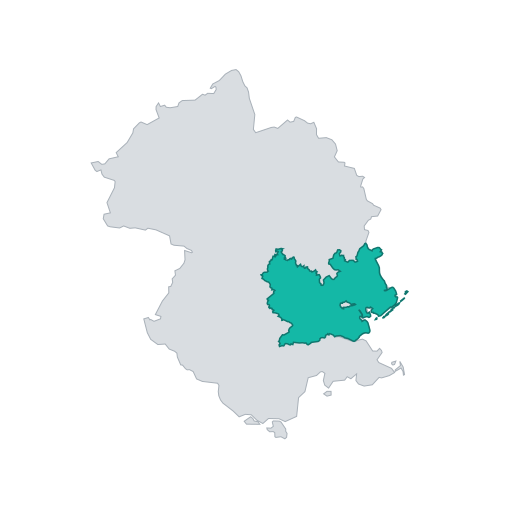 Niedersachsen highlighted on a map of Germany, rotated 146°
{"feature_id": "DEU-1576", "entity_name": "Niedersachsen", "entity_type": "State", "adm_level": 1, "iso_a3": "DEU", "parent_name": "Germany", "parent_adm1": "", "projection": "albers", "projection_center": [9.302, 52.591], "detail": "fine", "context": "in_parent", "style": "filled", "palette": "teal", "viewbox_px": 512, "rotation_deg": 146, "n_neighbors": 0, "source": "natural_earth", "source_scale": "10m", "svg_char_len": 9787}
<svg xmlns="http://www.w3.org/2000/svg" viewBox="0 0 512 512"><g transform="rotate(146 256 256)"><path d="M230.2,426.1L219.4,419.3L209.9,420.0L208.3,417.8L205.1,417.9L200.2,414.3L195.9,416.3L194.8,418.4L195.1,419.5L199.5,419.7L200.1,420.7L195.6,422.8L188.3,422.0L179.7,423.9L172.5,423.5L168.3,421.7L167.3,418.5L167.7,413.9L169.5,407.8L170.1,403.3L169.4,400.4L170.5,396.1L173.4,390.4L177.9,373.9L187.4,362.4L187.3,358.4L171.4,354.0L168.8,352.7L166.6,349.6L153.8,351.1L152.9,347.9L149.5,346.5L145.9,348.9L144.7,348.6L140.1,341.0L139.0,337.4L136.8,335.1L133.3,334.5L134.6,327.7L138.0,322.8L138.3,318.6L131.5,314.8L128.1,309.9L127.5,304.3L129.8,297.9L135.6,294.3L135.1,287.9L130.5,284.4L130.2,283.4L132.3,281.1L125.5,273.6L127.4,266.5L126.3,264.3L123.0,262.5L122.1,260.4L124.5,260.0L130.3,255.3L130.5,254.4L129.0,253.7L128.9,251.6L132.9,241.2L132.8,239.4L130.1,234.2L130.1,232.3L126.3,226.3L126.4,224.5L132.8,221.1L138.2,224.0L140.2,222.5L142.9,222.8L149.5,220.4L151.3,217.2L148.9,214.5L149.2,212.4L156.7,206.8L158.0,204.1L158.6,198.7L157.7,196.9L156.8,195.7L150.6,194.6L149.1,191.4L149.7,187.3L150.8,186.6L158.3,186.9L161.6,175.2L163.5,171.5L164.4,156.8L160.6,152.3L162.3,143.9L165.2,139.4L167.4,138.2L176.9,137.7L187.4,138.3L191.7,145.2L190.0,148.7L192.5,150.4L193.8,149.8L195.4,143.4L196.3,142.3L200.7,146.7L200.7,152.3L202.0,144.7L201.1,139.4L201.8,134.3L204.4,129.9L212.0,131.8L220.5,130.9L223.7,132.9L231.0,142.8L236.5,144.9L232.3,142.8L223.4,130.7L214.3,127.6L212.2,124.1L212.4,112.0L208.9,109.5L205.2,110.3L204.8,107.5L205.4,105.5L213.7,102.3L213.8,99.0L206.5,87.1L206.2,81.9L212.4,82.3L220.0,84.7L221.9,86.5L231.6,84.2L239.1,87.7L242.6,92.6L242.8,96.9L238.5,102.0L246.0,101.2L247.9,104.9L251.9,103.5L262.1,109.0L269.7,105.9L271.2,110.5L269.8,115.1L264.5,120.2L265.7,123.2L267.5,123.9L272.6,123.1L280.8,125.9L291.3,116.2L299.9,114.8L312.0,100.3L324.4,102.4L327.9,108.2L336.5,114.3L344.0,113.3L347.1,119.4L348.7,127.0L353.4,130.7L359.9,132.1L361.6,140.1L365.7,152.5L365.9,156.5L365.0,160.9L363.1,164.7L359.1,169.4L359.0,172.0L370.6,182.0L374.0,187.3L372.7,195.3L374.7,199.0L376.7,200.1L377.5,202.0L377.9,206.6L379.3,207.8L377.7,216.2L375.9,219.7L376.7,222.5L380.0,227.4L380.5,233.8L386.9,237.5L389.9,245.8L389.0,253.2L384.2,266.6L379.6,265.2L379.7,262.4L378.8,262.3L377.1,258.9L370.3,257.3L368.6,259.1L372.2,263.7L358.8,271.0L348.9,274.2L345.6,279.3L343.7,278.4L339.8,280.7L338.3,283.9L333.5,285.1L331.5,289.1L326.1,288.3L319.8,290.3L317.0,292.5L312.1,300.5L307.6,294.7L306.6,294.7L306.4,296.7L309.1,300.9L310.2,304.5L318.0,310.8L319.7,313.5L316.4,321.0L324.3,333.6L330.1,339.5L333.2,339.3L340.4,346.9L345.1,349.5L348.9,354.9L353.4,355.5L360.6,361.8L362.2,363.9L361.8,372.3L358.6,375.6L352.6,373.2L349.7,383.6L335.2,391.7L331.2,396.4L331.2,397.9L337.7,406.2L337.9,410.0L336.4,414.1L340.7,415.0L341.4,417.0L340.6,425.3L334.0,422.6L332.6,418.2L329.8,416.9L323.5,418.7L314.7,415.3L314.1,419.9L299.4,422.1L289.3,426.9L286.4,429.9L278.3,431.6L276.4,431.4L272.8,425.8L259.1,424.6L257.0,433.3L255.3,435.7L251.2,437.4L251.7,433.4L247.4,432.1L247.2,429.5L244.3,426.9L237.3,423.7L234.2,426.0L230.2,426.1ZM342.9,102.6L343.8,105.7L343.2,107.4L339.9,104.9L336.9,105.1L335.3,109.3L333.9,109.6L329.0,106.1L328.1,104.3L328.1,95.9L329.4,94.1L329.5,91.5L332.0,88.6L334.3,88.3L336.4,92.2L341.0,94.5L341.4,95.6L339.2,99.1L339.9,100.8L342.9,102.6ZM357.9,121.9L358.2,125.6L350.3,125.7L349.5,123.0L349.8,120.3L347.1,117.5L346.9,114.3L357.9,121.9ZM197.5,84.4L195.7,88.2L196.1,81.6L199.2,74.6L200.4,74.8L198.7,78.0L198.4,82.0L205.1,82.5L204.3,83.7L197.5,84.4ZM277.0,103.9L272.8,104.1L269.5,101.8L271.5,98.7L275.5,100.1L277.0,103.9ZM203.9,90.8L202.8,91.9L198.8,90.7L201.8,88.6L203.5,89.1L203.9,90.8Z" fill="#d9dde1" stroke="#a8b0b8" stroke-width="1"/><path d="M160.3,177.3L163.0,173.1L163.6,171.5L164.0,168.4L163.8,165.0L163.5,163.5L164.2,161.3L164.3,158.5L165.4,157.2L165.5,156.7L165.3,156.2L166.1,155.1L167.1,154.9L169.2,156.0L168.5,155.0L167.4,154.5L161.1,154.1L160.1,153.6L159.7,152.3L159.8,148.8L160.7,145.9L160.9,145.5L162.6,145.8L163.2,144.9L163.0,143.9L161.8,143.1L161.8,142.5L162.2,142.0L165.7,138.9L168.0,138.1L172.2,137.7L172.8,138.4L173.4,138.5L185.9,136.8L188.0,137.5L187.8,139.1L188.6,140.8L189.7,142.3L190.6,143.0L190.4,143.9L191.4,144.3L191.7,144.8L191.3,146.0L190.2,146.7L188.6,147.1L189.4,149.2L189.7,149.7L190.4,149.4L191.2,149.6L192.6,151.4L193.5,151.6L194.1,151.4L195.1,150.1L195.7,148.5L195.9,146.9L195.1,145.9L193.4,146.1L194.0,143.1L194.6,142.0L196.2,141.8L196.8,142.0L197.8,143.7L202.4,145.3L202.4,145.7L201.1,147.0L200.6,148.0L200.4,152.0L200.6,153.1L200.9,154.0L200.8,148.5L201.2,147.5L202.5,146.4L202.9,147.3L203.7,147.8L204.8,146.6L204.9,145.9L204.3,143.3L204.6,142.5L202.7,142.4L201.3,141.9L200.6,139.6L200.6,138.0L203.1,130.7L204.0,129.6L205.3,129.1L206.2,129.3L207.8,130.9L208.8,131.5L211.0,132.0L215.3,131.6L215.8,131.0L218.0,130.4L220.2,130.5L220.6,130.1L222.4,130.4L223.2,131.4L225.9,136.2L228.2,138.6L228.6,140.0L230.5,142.8L234.1,144.8L236.0,145.2L236.1,147.1L237.5,149.4L238.6,150.6L239.7,149.8L239.9,150.2L240.1,151.4L241.0,151.0L241.9,151.4L243.3,150.8L243.5,150.1L244.9,149.7L246.8,151.4L247.8,151.8L249.3,151.7L250.0,150.7L250.5,150.4L252.3,150.4L258.5,153.5L259.3,153.1L262.4,153.2L263.0,154.0L263.2,156.0L264.2,156.4L266.1,158.2L268.6,159.6L273.2,163.5L275.0,162.0L276.1,163.6L277.0,163.0L277.9,163.7L278.9,165.5L280.4,166.9L281.5,166.8L283.0,166.0L283.7,166.2L284.5,167.1L287.1,167.8L286.6,169.4L285.1,169.8L284.8,171.3L285.0,172.6L284.1,172.7L282.4,174.4L278.1,175.9L277.0,174.9L271.3,174.4L270.9,174.7L270.7,175.8L269.4,176.9L267.8,177.5L265.2,177.6L264.2,178.1L264.2,180.4L265.3,182.2L265.5,183.3L266.5,183.9L268.0,186.6L269.2,188.3L270.0,187.9L270.6,188.2L269.8,189.5L269.8,190.7L270.0,191.5L271.4,193.7L270.0,193.9L269.7,195.4L271.8,198.1L273.6,199.5L273.4,200.4L271.5,201.0L271.7,201.6L272.2,201.9L272.6,202.6L272.0,203.5L272.9,204.7L273.4,204.7L273.5,205.5L273.9,205.2L274.1,206.1L273.9,206.6L272.8,207.0L272.3,207.9L272.5,208.6L273.3,209.0L273.4,209.8L273.2,210.4L272.2,211.4L270.4,212.3L271.0,213.1L270.8,214.2L262.2,215.0L261.9,215.2L261.9,215.8L261.1,216.7L259.6,216.9L260.2,218.3L261.8,219.1L261.0,219.8L260.9,220.7L261.5,221.3L261.7,222.6L260.1,224.3L260.0,226.3L260.2,227.5L261.2,228.4L262.0,230.1L262.5,230.8L262.7,232.5L263.6,234.0L261.7,235.5L261.6,235.8L262.4,236.8L262.3,237.6L261.3,237.1L259.6,237.9L258.3,237.9L255.9,236.4L254.3,236.6L254.4,237.5L253.8,238.9L252.3,240.1L251.9,241.1L250.4,242.0L249.0,241.7L248.5,243.1L247.7,243.5L247.8,243.9L245.9,243.9L245.5,244.5L244.7,243.9L242.0,246.3L240.7,245.3L240.7,244.6L239.5,245.0L239.9,246.3L239.4,246.7L238.6,245.6L237.5,245.1L237.7,245.6L237.4,245.9L235.1,247.2L235.3,247.8L236.2,248.7L237.0,248.2L237.2,248.3L236.8,249.4L235.4,250.6L233.9,249.2L230.9,248.2L229.9,247.1L231.0,247.3L230.8,246.4L231.2,245.6L232.9,245.3L232.9,243.3L232.7,242.8L232.9,242.2L232.3,241.6L231.7,240.0L232.2,239.7L232.4,238.4L233.1,238.5L232.8,237.7L233.9,238.0L234.3,237.5L233.7,236.8L233.4,235.8L232.7,235.3L232.4,234.7L231.4,234.9L230.3,234.3L229.7,234.8L228.9,234.8L228.4,233.6L227.9,233.6L227.4,234.1L227.2,233.9L225.8,234.3L225.2,234.0L225.3,233.1L225.7,232.5L225.7,229.9L226.2,229.0L227.0,228.4L227.5,226.9L227.5,225.9L227.8,225.4L227.1,224.9L227.7,223.8L223.7,224.2L224.2,222.5L223.8,221.4L223.2,221.1L221.8,221.1L222.4,220.4L222.7,218.8L221.5,218.3L220.8,218.9L219.4,218.2L220.2,216.7L219.6,214.9L219.9,213.8L219.6,213.1L218.5,212.5L218.6,211.5L216.3,211.0L214.4,211.2L214.7,210.2L214.2,208.7L215.8,208.4L215.6,207.3L216.6,206.3L214.1,205.3L214.0,205.0L214.4,202.4L214.8,201.7L215.9,201.6L216.6,201.2L218.2,198.4L217.7,196.4L218.3,195.8L218.3,195.2L216.9,194.3L215.3,195.1L214.5,195.9L213.5,198.4L209.6,199.3L206.3,198.8L206.1,195.0L205.4,193.6L204.4,193.0L202.3,193.7L200.3,193.7L199.3,194.5L198.9,196.1L198.2,196.5L196.6,196.7L194.7,196.2L195.6,198.7L197.4,199.6L198.6,200.8L199.1,203.2L199.1,207.4L199.2,207.8L200.1,208.5L200.0,209.1L199.5,209.8L198.1,210.8L197.3,212.1L193.5,211.1L191.0,213.4L189.0,214.1L187.9,213.7L186.9,213.9L184.9,215.4L183.3,214.5L182.7,212.9L183.6,211.9L185.6,211.4L186.4,209.2L185.6,208.7L184.4,208.7L184.0,208.0L183.1,207.5L183.8,206.4L183.6,205.4L184.4,204.3L184.0,203.0L185.2,202.5L183.4,199.5L181.0,200.1L177.8,198.0L177.4,195.8L177.1,195.4L174.8,194.8L174.2,196.6L174.8,197.5L174.4,197.8L173.6,199.5L172.2,199.6L169.4,202.1L168.0,202.6L166.0,204.0L160.9,204.3L158.9,205.4L158.1,205.3L157.8,204.0L157.8,203.2L158.6,201.2L158.9,199.5L158.6,198.2L156.9,195.4L156.3,196.0L154.8,196.2L150.3,195.0L149.1,194.0L148.8,191.6L148.5,190.9L150.6,190.1L149.5,189.0L149.7,187.8L149.5,187.3L151.5,186.3L154.2,186.4L155.7,186.9L157.1,186.7L158.5,187.3L159.0,186.3L159.7,179.6L160.3,177.3ZM202.5,160.8L201.6,160.2L200.6,160.2L201.1,161.4L202.9,162.3L204.0,162.5L204.4,163.3L204.6,164.7L206.3,166.9L206.4,168.4L208.3,168.2L210.3,169.2L210.8,169.0L210.9,168.6L212.3,169.6L213.9,168.3L214.1,167.0L214.4,166.4L213.5,165.1L214.0,164.4L212.9,163.2L212.0,164.4L209.8,162.9L208.5,162.8L207.8,162.3L207.6,161.8L206.0,162.0L203.3,160.7L202.5,160.8ZM163.2,136.9L164.5,136.2L166.0,136.0L169.2,136.3L167.7,136.9L164.3,137.2L163.2,136.9ZM153.8,141.4L151.7,142.0L152.6,143.3L151.8,142.6L150.9,142.9L150.4,142.6L150.0,141.5L153.5,140.7L153.8,141.4ZM172.7,134.9L176.4,134.7L176.9,135.2L174.7,135.2L173.8,135.4L173.7,136.2L172.7,136.0L172.7,134.9ZM177.9,134.7L178.6,133.9L179.8,133.6L182.1,133.8L182.1,134.2L180.3,134.8L179.5,134.9L178.8,134.4L178.3,134.9L177.9,134.7ZM156.0,138.3L157.1,137.8L160.8,137.4L161.9,137.8L156.0,138.3ZM190.5,137.2L190.9,136.3L191.4,136.1L192.6,136.6L191.4,137.2L190.5,137.2ZM183.8,134.2L183.2,133.8L183.4,133.5L184.4,133.3L186.0,133.9L183.8,133.6L183.8,134.2ZM169.7,136.1L170.7,135.7L171.6,136.2L171.2,136.5L169.7,136.1Z" fill="#14b8a6" stroke="#0f766e" stroke-width="1.5"/></g></svg>